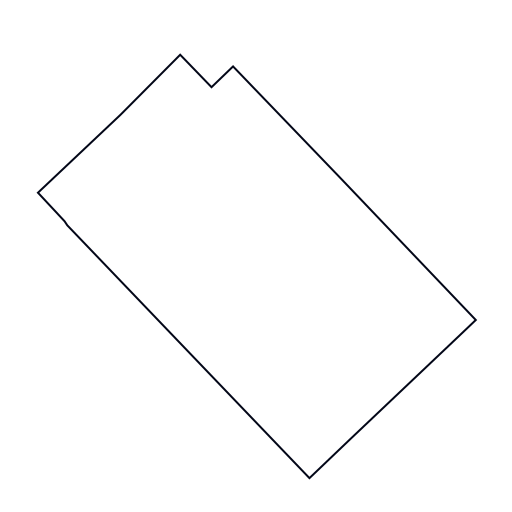 outline of Wabash, Indiana, United States of America, rotated 317°
{"feature_id": "52423323B5962207339550", "entity_name": "Wabash", "entity_type": "district", "adm_level": 2, "iso_a3": "USA", "parent_name": "United States of America", "parent_adm1": "Indiana", "projection": "orthographic", "projection_center": [-85.796, 40.849], "detail": "fine", "context": "isolated", "style": "outline", "palette": "ink", "viewbox_px": 512, "rotation_deg": 317, "n_neighbors": 0, "source": "geoboundaries", "source_scale": "gbopen_adm2", "svg_char_len": 318}
<svg xmlns="http://www.w3.org/2000/svg" viewBox="0 0 512 512"><g transform="rotate(317 256 256)"><path d="M139.7,61.0L139.7,100.0L138.9,104.9L143.6,454.9L200.6,454.2L344.9,453.0L373.1,452.7L370.9,256.2L368.5,101.7L338.6,102.2L337.8,57.1L253.2,60.3L139.7,61.0Z" fill="none" stroke="#020617" stroke-width="2"/></g></svg>